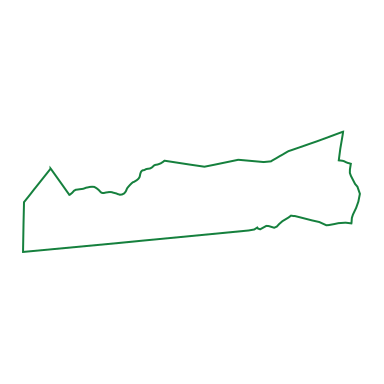 Abu Hamad, River Nile, Sudan, rotated 271°
{"feature_id": "16777658B63373210852762", "entity_name": "Abu Hamad", "entity_type": "district", "adm_level": 2, "iso_a3": "SDN", "parent_name": "Sudan", "parent_adm1": "River Nile", "projection": "orthographic", "projection_center": [33.396, 20.198], "detail": "fine", "context": "isolated", "style": "outline", "palette": "green", "viewbox_px": 384, "rotation_deg": 271, "n_neighbors": 0, "source": "geoboundaries", "source_scale": "gbopen_adm2", "svg_char_len": 2275}
<svg xmlns="http://www.w3.org/2000/svg" viewBox="0 0 384 384"><g transform="rotate(271 192 192)"><path d="M213.1,50.1L212.8,50.1L212.7,50.1L192.9,34.9L192.7,34.7L186.8,30.3L178.9,24.2L178.3,24.2L177.1,24.2L175.1,24.2L157.7,24.1L129.1,24.1L129.1,24.3L129.3,25.8L139.7,119.1L142.4,142.5L154.5,249.2L155.6,254.9L157.6,257.9L156.6,258.6L155.9,260.8L159.4,266.9L159.3,269.2L157.7,274.8L158.9,277.4L161.5,279.7L164.4,282.9L168.2,289.0L170.1,291.4L169.7,294.3L169.8,295.1L168.7,299.9L165.7,312.5L165.4,314.0L164.2,319.8L161.1,326.9L161.3,329.2L162.4,334.7L163.4,339.0L164.0,346.1L163.6,350.0L163.4,351.9L163.9,352.0L168.9,352.3L172.2,353.3L179.0,356.4L185.3,358.5L193.1,359.9L200.2,357.3L202.9,354.9L210.9,350.6L213.8,349.5L217.3,349.5L223.0,350.3L223.3,349.1L223.5,348.6L223.7,347.7L223.8,347.2L224.7,344.9L225.3,343.9L225.8,342.2L226.1,339.7L226.1,338.8L226.2,338.2L237.7,339.5L238.4,339.6L251.5,341.6L253.0,341.8L254.9,342.0L254.8,341.6L244.8,315.9L242.4,309.3L235.5,290.5L235.4,290.2L234.6,287.9L234.0,286.8L230.7,281.4L230.2,280.6L229.7,279.6L227.2,275.6L224.8,271.5L224.4,271.0L224.1,270.6L224.0,270.2L223.4,264.9L223.2,263.1L223.6,257.6L224.9,239.6L225.0,237.6L219.7,214.1L217.5,204.0L219.5,188.4L222.8,164.0L222.4,163.4L221.9,162.9L220.2,160.4L219.3,158.3L218.8,156.8L218.6,155.5L218.3,154.4L217.8,153.5L217.1,152.8L216.0,151.7L215.5,150.9L214.9,149.9L214.6,148.6L214.4,147.1L214.1,145.8L213.8,145.2L213.4,144.5L213.0,143.6L212.8,142.2L212.1,141.3L211.6,140.9L211.3,140.7L211.1,140.6L210.0,140.2L208.9,139.9L207.2,139.6L206.0,139.3L205.9,139.2L205.0,138.7L204.2,138.1L204.0,137.9L202.8,136.5L201.8,134.9L201.2,134.0L200.7,132.7L199.5,131.3L197.8,129.7L196.4,128.5L194.9,127.3L193.3,126.5L193.1,126.5L191.5,125.8L191.3,125.7L189.4,124.2L188.3,122.1L188.0,119.9L188.4,118.8L188.5,118.3L188.6,117.8L189.2,116.5L190.1,112.7L190.3,112.3L190.5,111.0L190.5,109.0L190.3,108.1L190.0,106.0L189.5,104.1L189.4,103.2L189.5,102.2L189.9,101.2L190.6,100.4L192.3,98.8L193.6,97.2L194.7,95.5L195.4,94.1L195.5,92.1L195.3,89.8L194.7,87.4L194.5,86.2L193.6,84.0L193.3,83.0L193.2,82.5L192.8,79.7L192.4,77.2L192.2,75.7L191.7,74.9L191.2,74.0L189.2,72.3L187.9,70.8L187.1,69.8L187.0,69.4L188.0,68.7L190.0,67.2L196.7,62.3L212.1,50.9L213.1,50.1Z" fill="none" stroke="#15803d" stroke-width="2"/></g></svg>